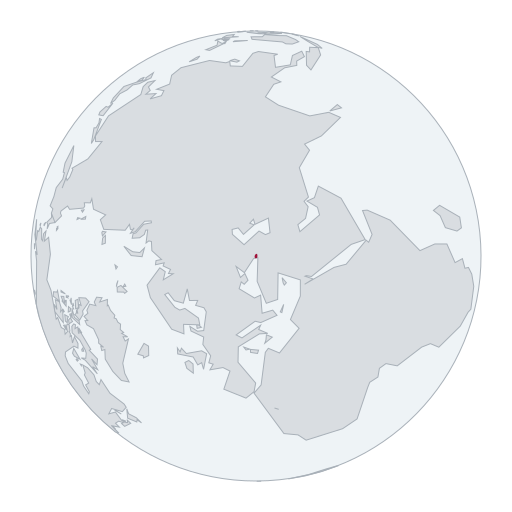 globe centered on Guria, rotated 264°
{"feature_id": "GEO-3028", "entity_name": "Guria", "entity_type": "Region", "adm_level": 1, "iso_a3": "GEO", "parent_name": "Georgia", "parent_adm1": "", "projection": "orthographic", "projection_center": [42.215, 41.976], "detail": "fine", "context": "on_globe", "style": "filled", "palette": "rose", "viewbox_px": 512, "rotation_deg": 264, "n_neighbors": 0, "source": "natural_earth", "source_scale": "10m", "svg_char_len": 10950}
<svg xmlns="http://www.w3.org/2000/svg" viewBox="0 0 512 512"><g transform="rotate(264 256 256)"><circle cx="256" cy="256" r="225" fill="#eef3f6" stroke="#a8b0b8"/><path d="M221.3,33.4L222.0,33.3L215.8,34.3L217.9,34.1L225.8,33.1L230.4,32.5L248.3,34.4L273.8,37.3L283.8,37.2L280.0,38.5L300.4,38.3L315.5,41.7L297.2,38.7L294.4,39.1L304.0,41.5L303.1,42.5L307.3,44.5L305.4,45.7L294.9,44.5L293.5,45.4L300.4,47.1L302.9,49.8L292.9,47.1L296.3,51.7L279.2,51.7L254.2,45.5L243.4,48.5L214.1,50.7L215.5,52.3L205.2,54.9L203.0,58.0L198.2,58.0L200.5,60.6L205.4,60.0L208.0,61.0L207.1,63.0L200.8,63.1L200.4,62.2L198.1,63.3L195.3,62.7L196.2,64.1L188.7,64.4L194.7,67.0L187.6,69.8L183.0,69.3L185.4,65.5L180.5,56.5L176.6,55.8L168.7,58.0L149.9,69.8L144.8,70.9L136.5,75.3L138.4,76.1L145.6,73.1L147.1,76.3L155.7,72.9L157.6,73.9L165.7,72.4L162.4,76.9L154.8,82.4L147.9,84.0L144.4,86.7L149.3,88.9L134.8,96.4L122.6,109.3L119.1,111.1L115.2,106.8L119.4,96.5L114.4,93.1L115.5,99.9L106.7,105.1L104.4,108.2L103.7,110.9L106.2,110.9L102.7,113.9L100.3,107.6L103.4,104.8L104.2,106.6L106.1,102.1L104.4,98.8L100.1,102.2L102.1,95.4L99.1,97.9L97.8,98.1L102.6,94.4L94.1,101.2L95.8,97.6L107.4,86.7L119.7,76.6L132.7,67.5L146.3,59.2L160.5,52.0L175.2,45.7L190.2,40.5L205.6,36.4L221.3,33.4ZM31.9,233.2L31.8,234.5L31.5,237.6L31.9,233.2ZM30.9,264.9L33.1,284.8L37.1,304.5L38.9,314.8L38.9,316.2L34.9,299.4L32.2,282.2L30.9,264.9ZM232.7,32.3L226.0,33.0L219.2,33.8L224.8,33.0L232.7,32.3ZM245.5,32.2L242.1,32.5L240.1,31.9L242.6,31.9L245.5,32.2ZM291.2,37.3L285.9,36.4L291.3,36.9L291.2,37.3ZM308.2,44.5L310.0,44.6L311.4,45.6L308.2,44.5ZM166.9,70.0L166.3,71.2L165.1,70.8L166.9,70.0ZM171.0,68.4L170.1,67.3L171.9,66.3L172.5,67.1L171.0,68.4ZM309.9,48.6L311.6,50.5L308.0,48.3L309.9,48.6ZM171.7,70.2L175.3,64.9L178.5,63.4L183.2,65.1L171.7,70.2ZM311.4,51.5L315.7,56.8L320.0,57.0L310.3,59.6L309.9,54.0L304.8,51.1L309.4,52.2L311.4,51.5ZM207.3,59.0L202.1,59.7L207.2,57.4L207.3,59.0ZM209.9,57.4L221.9,50.0L229.0,50.3L223.6,52.5L233.5,51.9L231.1,55.6L225.1,56.8L221.0,55.8L223.2,58.1L209.9,57.4ZM304.3,60.5L303.8,61.7L302.3,60.2L304.3,60.5ZM209.4,61.3L211.2,59.6L217.6,59.7L215.2,63.1L213.9,62.0L209.4,61.3ZM237.3,50.1L241.6,50.9L240.9,54.2L242.4,55.0L231.7,55.8L237.3,50.1ZM212.0,62.9L213.8,64.9L210.0,66.7L208.1,63.0L212.0,62.9ZM220.2,58.3L223.1,58.6L220.7,59.5L220.2,58.3ZM197.5,74.8L199.5,72.4L203.0,72.2L197.5,74.8ZM214.7,65.6L216.0,65.0L217.6,64.7L218.0,66.4L214.7,65.6ZM231.9,58.1L230.7,59.4L236.3,58.0L235.9,60.6L228.8,60.7L231.8,61.8L231.7,62.6L226.0,61.9L231.9,58.1ZM223.1,67.5L214.0,69.0L209.6,73.3L206.3,73.5L214.1,66.7L223.1,67.5ZM225.3,64.2L223.2,66.2L220.3,65.3L219.9,63.4L225.3,64.2ZM238.3,62.4L240.6,58.3L242.1,58.5L238.3,62.4ZM222.4,68.8L224.6,68.4L222.4,69.2L222.4,68.8ZM234.1,64.5L234.7,63.0L236.3,63.2L234.1,64.5ZM228.5,69.1L225.6,69.5L225.2,68.2L228.5,69.1ZM231.5,67.1L233.7,67.8L226.9,67.4L231.5,66.4L231.5,67.1ZM235.5,64.9L236.7,64.6L235.0,65.6L235.5,64.9ZM231.6,74.4L223.2,74.2L222.4,71.1L230.7,71.6L231.6,74.4ZM75.2,324.1L67.6,286.6L73.7,279.1L76.5,265.2L119.8,239.7L127.2,247.6L159.2,255.2L162.9,258.6L157.1,269.2L179.6,291.3L189.2,283.6L211.5,295.9L227.6,297.6L236.9,276.2L210.5,273.0L207.9,261.3L230.7,254.5L254.1,257.7L253.8,253.4L240.7,242.7L247.7,235.1L236.3,238.3L239.7,243.1L232.7,245.5L229.1,241.3L231.8,238.6L225.2,235.8L214.4,250.1L216.6,256.5L198.4,256.1L200.4,267.0L194.8,270.7L189.3,253.8L191.2,248.3L179.6,228.0L176.0,233.5L186.7,253.4L182.6,251.0L177.8,259.6L178.2,251.2L167.5,228.9L152.2,227.0L129.7,242.4L121.3,239.9L115.7,231.2L126.9,210.1L144.3,218.1L148.5,211.5L147.6,198.3L152.9,202.1L154.7,197.9L161.5,200.5L173.6,193.9L180.9,195.5L188.2,183.5L192.9,182.9L187.3,190.0L187.3,196.2L205.7,200.7L210.0,198.8L213.2,190.8L217.9,193.4L218.7,185.2L230.5,184.2L216.7,178.8L220.1,170.1L228.6,164.8L227.2,161.2L213.4,170.0L210.2,174.5L211.3,179.8L200.3,192.3L193.4,192.9L195.6,176.8L186.1,176.2L192.0,164.5L225.6,146.6L238.4,144.6L254.3,159.1L249.9,164.1L242.0,161.3L247.0,171.8L247.7,167.1L251.6,169.6L255.8,162.6L258.8,164.0L257.8,155.1L261.9,156.1L262.4,161.7L272.2,153.0L281.4,153.5L282.2,150.9L280.4,148.0L293.2,151.0L293.2,149.0L289.1,147.2L286.3,142.2L286.6,134.7L291.0,136.1L291.5,139.0L299.3,147.6L300.0,155.5L301.8,155.4L302.2,148.9L292.8,138.4L291.7,133.5L296.8,137.8L294.9,135.8L295.7,133.9L300.7,133.5L295.3,128.6L298.4,107.4L308.4,105.0L312.6,110.8L319.5,99.3L330.1,98.7L326.2,96.8L326.9,90.8L323.6,90.9L321.7,89.6L321.9,75.5L325.4,73.8L321.1,66.7L319.1,66.0L316.2,66.8L310.3,59.6L320.0,57.0L324.1,58.9L327.4,56.5L336.2,61.2L344.9,64.5L352.6,71.8L358.9,74.2L359.5,73.0L368.4,75.8L384.9,86.4L369.0,82.7L343.8,70.3L353.9,75.5L350.9,76.0L354.0,79.0L361.2,82.9L362.5,82.2L370.1,98.9L385.9,114.8L386.6,108.4L392.2,108.9L410.8,124.0L428.6,158.3L436.2,161.5L440.1,166.5L441.0,173.8L435.4,166.7L431.7,168.1L428.4,163.3L428.0,173.5L423.3,167.1L425.3,178.7L430.1,181.7L432.2,174.6L436.0,188.1L444.6,191.0L451.1,201.1L455.3,230.2L451.3,246.2L452.2,250.2L447.7,250.3L446.0,262.3L457.9,274.1L459.1,279.8L454.4,298.7L453.5,294.9L441.6,295.1L442.5,310.1L451.6,313.2L454.9,322.9L449.2,325.0L445.6,316.8L441.3,316.5L440.2,304.2L432.4,290.0L426.6,298.9L424.9,291.6L413.3,282.0L403.6,294.2L389.7,324.1L391.3,343.3L385.0,354.5L368.6,333.6L362.2,316.0L355.6,320.3L339.3,308.3L309.1,314.3L305.4,309.5L299.6,313.0L288.2,309.2L282.8,300.9L275.6,302.2L290.2,323.5L298.0,322.2L305.3,312.4L307.9,320.2L319.0,325.3L304.6,346.6L260.9,366.3L257.6,351.9L229.8,309.0L231.2,304.2L231.1,303.6L230.8,302.6L227.2,310.4L222.8,301.4L236.5,332.4L238.4,344.8L260.2,367.2L257.9,369.5L265.3,373.7L290.1,366.7L290.0,371.4L277.6,393.2L244.2,419.6L249.3,435.2L248.0,447.1L228.6,453.3L231.8,461.0L222.0,462.5L222.4,466.1L215.4,468.7L203.1,469.4L180.6,464.1L178.0,461.1L164.9,451.8L146.2,428.3L150.6,420.3L148.1,411.3L132.0,385.0L135.4,374.0L131.4,367.0L122.9,364.6L118.5,355.9L113.5,353.3L83.4,339.5L75.2,324.1ZM102.9,258.5L101.2,262.4L101.2,262.5L102.9,258.5ZM277.7,272.4L292.4,272.3L287.6,258.3L292.9,257.3L289.3,253.2L287.2,257.4L278.8,245.8L285.8,241.2L284.9,235.0L280.0,234.8L268.5,245.3L280.5,261.6L276.3,267.6L277.7,272.4ZM106.9,105.5L107.0,106.1L105.5,109.1L104.8,108.3L106.9,105.5ZM107.6,120.1L102.0,124.7L105.5,120.6L103.4,120.1L108.1,111.4L117.6,111.5L112.4,112.8L107.6,120.1ZM117.0,100.4L112.9,105.5L117.0,100.0L117.0,100.4ZM157.6,174.2L159.1,178.2L155.2,182.1L146.0,181.4L151.5,175.5L157.6,174.2ZM162.1,183.0L166.8,167.9L172.8,168.2L168.6,170.5L172.1,172.2L166.3,176.5L167.4,192.0L164.0,196.7L148.8,192.0L155.6,190.8L153.8,186.7L162.1,183.0ZM168.5,133.5L170.7,128.2L180.8,135.5L177.6,139.7L168.2,138.9L166.4,133.5L168.5,133.5ZM179.3,74.7L179.5,73.1L181.2,72.9L182.5,74.1L179.3,74.7ZM198.2,73.7L180.4,81.9L179.7,80.3L170.1,87.6L164.5,86.5L170.9,81.7L159.5,86.7L163.0,81.9L155.4,85.9L170.2,75.3L172.9,71.6L172.0,76.0L177.1,77.0L180.1,76.4L190.6,72.0L198.9,65.1L205.3,65.5L207.5,67.6L206.5,69.3L202.7,68.4L204.1,71.3L197.8,71.4L198.2,73.7ZM230.6,98.5L226.6,95.7L228.3,103.7L222.0,102.9L222.6,103.9L217.2,105.6L211.8,109.4L209.2,108.4L208.2,110.4L204.6,111.7L202.4,114.2L197.0,113.3L193.8,116.4L193.1,114.3L189.0,119.9L189.6,115.4L185.1,117.0L186.9,120.5L163.3,112.3L153.0,113.2L144.0,116.6L146.3,109.1L156.2,101.5L169.2,95.3L178.8,95.9L178.1,92.7L182.5,92.2L181.2,94.9L185.8,90.4L189.1,90.8L200.7,86.8L205.2,80.6L209.6,79.2L209.4,81.9L213.9,78.7L216.6,82.8L219.7,82.1L225.5,85.6L223.4,91.5L227.1,90.3L231.7,93.2L230.6,98.5ZM233.1,75.5L232.0,82.2L228.0,85.2L219.5,77.8L216.3,78.0L210.7,73.9L216.7,69.7L217.7,71.2L220.1,71.7L217.3,72.8L221.3,72.4L222.9,74.5L226.4,74.8L225.1,76.9L233.1,75.5ZM168.3,255.6L171.4,257.1L176.5,258.1L173.6,263.7L168.3,255.6ZM160.7,240.5L163.7,240.7L162.1,248.7L158.9,247.3L160.7,240.5ZM166.7,234.3L164.0,240.1L163.6,236.2L166.7,234.3ZM190.2,189.9L193.5,189.8L193.3,191.8L190.8,194.3L190.2,189.9ZM234.2,124.1L232.6,121.5L233.9,120.7L234.7,114.3L239.4,114.6L240.8,118.6L234.2,124.1ZM231.7,279.7L226.2,283.4L224.1,281.1L226.4,280.2L231.7,279.7ZM197.9,274.3L205.0,278.5L197.0,275.8L197.9,274.3ZM239.5,123.4L239.3,120.6L241.8,122.5L239.5,123.4ZM242.9,114.6L246.1,116.2L240.1,113.9L242.9,114.6ZM287.2,443.9L273.4,462.7L262.5,463.2L259.8,458.5L264.4,447.3L276.9,443.3L282.8,437.2L287.2,443.9ZM472.2,317.9L473.5,314.4L473.2,315.3L472.2,317.9ZM471.1,319.5L472.9,315.1L470.4,322.0L471.1,319.5ZM473.5,313.3L475.3,307.1L476.1,303.7L475.7,305.7L473.5,313.3ZM469.7,322.7L460.0,339.2L455.6,343.5L457.1,339.3L464.3,329.6L469.7,322.7ZM456.7,339.7L449.2,341.3L435.3,330.1L440.4,326.2L454.2,327.3L453.4,330.6L458.0,331.2L456.7,339.7ZM472.9,301.0L471.9,309.3L467.1,318.0L464.6,320.9L463.0,314.3L463.9,307.9L466.1,304.7L471.9,274.7L474.5,274.0L473.4,285.2L475.3,287.8L472.9,301.0ZM392.5,344.5L398.1,352.7L394.4,356.5L392.5,344.5ZM472.2,257.4L471.2,270.3L471.5,255.5L472.2,257.4ZM471.1,245.2L472.2,248.6L470.4,247.2L471.1,245.2ZM454.0,255.5L451.8,259.9L450.8,257.3L453.0,250.2L454.0,255.5ZM456.1,209.8L459.8,217.7L460.7,221.1L457.9,218.0L456.1,209.8ZM279.5,125.6L273.1,133.9L271.6,140.8L275.7,145.9L267.2,142.6L269.5,131.9L279.5,125.6ZM295.6,109.3L292.0,105.4L295.3,105.1L296.6,105.9L295.6,109.3ZM292.2,108.4L284.5,107.5L283.6,104.0L289.9,105.4L292.2,108.4ZM261.9,114.8L259.7,117.1L257.7,115.4L261.9,114.8ZM481.2,262.3L481.2,263.2L481.2,260.7L481.2,262.3ZM480.0,278.8L479.8,281.1L479.6,281.6L480.0,278.8ZM480.5,274.9L480.2,277.2L480.4,275.0L480.6,273.3L480.5,274.9ZM476.3,286.7L476.9,289.6L478.6,281.0L477.2,289.5L477.7,293.3L477.1,297.4L476.7,293.0L475.5,302.8L474.7,305.1L474.8,299.2L476.0,287.9L476.8,281.8L479.5,270.1L476.3,286.7ZM480.7,269.4L480.4,265.7L480.5,260.9L480.8,262.0L480.7,269.4ZM478.6,257.5L476.7,255.5L475.9,261.7L476.5,245.2L478.4,249.8L478.6,257.5ZM475.4,247.3L474.8,253.1L474.7,244.3L475.4,247.3ZM474.0,251.9L472.9,247.9L473.9,245.7L474.0,251.9ZM475.9,245.7L474.3,237.5L475.7,240.5L475.9,245.7ZM469.7,239.3L473.7,240.5L470.3,245.3L465.3,231.3L466.4,227.7L469.7,239.3ZM445.5,163.7L442.6,160.7L442.3,156.7L444.4,159.9L445.5,163.7ZM438.4,142.4L441.2,154.7L443.0,165.3L444.6,164.9L449.0,173.1L444.1,170.2L439.6,158.0L439.0,151.3L434.6,145.1L431.6,137.5L425.6,131.8L422.9,127.3L428.1,130.6L438.4,142.4ZM423.0,129.7L411.5,118.6L412.8,114.4L415.6,115.9L420.4,122.6L419.4,124.4L423.0,129.7ZM409.1,114.8L408.0,116.5L388.8,106.9L385.1,104.0L400.4,108.3L400.2,110.3L404.7,113.7L409.1,114.8ZM306.2,62.1L304.0,61.8L305.7,61.2L306.2,62.1ZM319.9,89.8L317.7,88.0L319.8,87.1L319.9,89.8ZM312.8,82.6L312.0,84.8L311.0,81.8L312.8,82.6ZM310.5,90.2L310.8,85.4L313.1,90.9L310.5,90.2Z" fill="#d9dde1" stroke="#a8b0b8" stroke-width="1"/><path d="M256.8,256.7L256.7,256.7L256.4,256.6L256.1,256.7L255.9,256.6L255.7,256.6L255.4,256.6L255.2,256.5L255.2,256.4L254.7,256.3L254.7,256.0L254.7,255.9L254.5,255.7L254.7,255.4L254.8,255.3L255.0,255.3L255.4,255.3L255.6,255.3L255.9,255.4L256.0,255.5L256.2,255.8L256.3,255.8L256.4,255.7L256.5,255.7L256.5,255.8L256.7,256.0L256.8,256.0L257.0,256.1L257.3,256.4L257.3,256.6L257.2,256.6L256.9,256.7L256.8,256.7Z" fill="#f43f5e" stroke="#9f1239" stroke-width="1.5"/></g></svg>